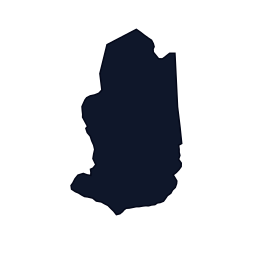 Mulungu, Paraíba, Brazil, rotated 145°
{"feature_id": "56859067B90154898743360", "entity_name": "Mulungu", "entity_type": "district", "adm_level": 2, "iso_a3": "BRA", "parent_name": "Brazil", "parent_adm1": "Paraíba", "projection": "equal_earth", "projection_center": [-35.401, -7.001], "detail": "fine", "context": "isolated", "style": "filled", "palette": "ink", "viewbox_px": 256, "rotation_deg": 145, "n_neighbors": 0, "source": "geoboundaries", "source_scale": "gbopen_adm2", "svg_char_len": 1313}
<svg xmlns="http://www.w3.org/2000/svg" viewBox="0 0 256 256"><g transform="rotate(145 128 128)"><path d="M64.6,204.0L97.4,208.3L119.8,188.7L127.6,174.1L132.0,173.2L136.3,174.2L140.6,176.0L144.5,176.5L147.0,175.7L150.1,173.9L153.4,171.9L155.5,168.4L157.3,165.1L159.0,162.9L160.2,152.5L162.7,151.9L164.0,147.6L163.6,142.9L165.0,138.4L165.9,133.7L167.6,129.5L170.9,126.5L174.3,123.0L175.4,116.4L179.7,115.2L182.4,115.7L183.8,112.9L185.7,110.5L188.4,113.1L190.7,116.4L196.0,118.1L200.5,116.8L204.9,114.5L207.6,113.6L209.3,110.3L207.6,106.0L205.8,103.2L204.3,99.6L202.9,96.8L200.6,94.7L197.1,90.8L195.9,86.4L192.2,82.7L190.6,79.3L188.8,76.0L188.1,71.7L187.4,68.1L187.2,63.7L183.8,62.4L180.3,62.7L178.0,63.3L175.5,63.3L172.7,61.6L168.8,59.9L166.5,58.9L164.0,57.2L160.6,55.6L158.2,54.3L155.7,52.4L153.0,51.5L149.9,49.8L146.9,49.8L144.4,48.5L140.9,47.7L137.9,48.7L134.5,50.0L130.4,50.0L127.2,51.6L123.4,52.2L120.2,54.5L118.4,56.6L118.1,60.1L117.9,63.7L113.9,63.9L110.1,64.7L106.6,65.9L104.5,68.7L104.5,73.4L101.2,75.8L100.1,78.7L98.2,81.4L96.4,84.9L92.9,84.5L84.9,98.9L75.3,116.9L46.7,162.3L51.0,165.3L54.8,165.1L57.3,164.9L60.2,164.9L63.2,167.1L63.5,171.5L63.8,175.5L62.2,178.3L60.0,179.6L58.9,182.7L58.4,186.4L59.8,189.9L61.5,194.8L62.8,199.1L64.6,204.0Z" fill="#0f172a" stroke="#020617" stroke-width="1.5"/></g></svg>